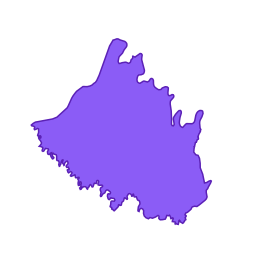 Phon Sai, Roi Et, Thailand, rotated 195°
{"feature_id": "78962969B54867067631635", "entity_name": "Phon Sai", "entity_type": "district", "adm_level": 2, "iso_a3": "THA", "parent_name": "Thailand", "parent_adm1": "Roi Et", "projection": "equal_earth", "projection_center": [103.938, 15.482], "detail": "fine", "context": "isolated", "style": "filled", "palette": "violet", "viewbox_px": 256, "rotation_deg": 195, "n_neighbors": 0, "source": "geoboundaries", "source_scale": "gbopen_adm2", "svg_char_len": 5682}
<svg xmlns="http://www.w3.org/2000/svg" viewBox="0 0 256 256"><g transform="rotate(195 128 128)"><path d="M122.4,45.3L121.8,45.5L120.4,44.5L119.8,44.5L117.4,48.8L117.1,49.7L117.3,51.1L117.1,51.5L116.6,51.6L115.7,51.1L114.5,51.8L114.7,54.6L113.5,56.3L113.4,59.5L112.9,59.8L110.6,58.8L110.3,59.0L110.2,59.7L111.0,61.1L111.2,62.1L110.5,64.5L109.8,65.0L108.3,64.9L107.3,64.1L106.8,63.1L106.5,63.1L106.1,63.5L106.1,65.2L105.9,65.5L105.4,65.2L104.3,63.2L103.6,63.1L102.5,63.7L102.1,63.7L100.4,61.2L99.7,60.8L98.4,60.7L97.5,59.6L96.8,57.8L97.6,54.5L97.1,51.0L96.8,50.4L95.7,50.2L95.7,52.4L94.9,53.5L94.1,53.8L92.8,53.5L91.5,52.2L90.9,49.5L89.6,47.3L87.5,46.0L84.8,45.6L83.6,47.2L81.0,47.2L78.4,49.1L76.4,51.3L75.3,50.9L75.0,50.2L75.0,48.9L73.9,47.9L73.0,47.7L70.9,48.4L68.4,49.6L68.0,51.6L68.0,53.3L67.8,53.7L66.4,53.6L65.3,54.5L64.1,53.3L63.1,51.5L62.6,51.7L61.9,52.7L61.1,52.6L60.8,52.1L61.1,50.0L61.0,49.1L58.2,49.4L57.8,48.9L57.8,47.7L57.5,47.4L56.9,48.2L55.8,47.8L54.5,47.9L54.6,50.3L54.9,51.4L54.5,52.2L54.0,52.0L53.2,50.9L50.5,50.1L49.8,51.0L49.7,51.9L49.3,52.3L49.4,53.3L48.4,54.4L49.6,56.3L49.0,57.5L49.1,58.3L49.4,58.5L49.9,58.3L50.5,59.2L50.2,60.8L48.7,62.0L46.9,64.6L46.1,65.9L45.8,67.7L45.4,68.5L43.4,69.7L41.1,70.0L39.3,72.1L34.9,78.1L34.0,79.8L33.8,81.9L35.7,85.9L36.3,88.1L35.3,90.1L35.2,91.5L34.0,96.2L33.8,98.3L34.3,98.6L34.8,98.5L36.2,97.5L37.9,95.7L39.9,94.7L43.9,102.7L47.9,108.2L49.2,112.7L51.1,117.2L53.2,119.7L55.6,119.7L58.2,121.7L58.9,125.3L58.8,126.2L59.4,127.0L58.8,127.9L59.1,128.7L59.0,130.0L59.2,131.2L58.9,131.8L58.3,131.9L58.1,134.6L57.2,135.4L57.3,136.4L57.7,136.7L57.8,137.5L58.2,137.6L57.9,140.6L57.3,142.7L57.2,143.5L57.5,143.7L57.3,144.1L57.4,144.6L57.2,145.3L58.4,146.7L60.1,151.3L60.4,153.2L60.3,154.5L59.5,158.0L59.3,161.5L60.2,163.5L61.1,163.9L63.0,163.6L64.2,162.6L64.9,161.6L65.5,160.1L65.8,157.9L65.4,152.4L65.6,150.8L66.4,149.4L67.3,148.7L72.5,147.4L73.3,146.6L75.3,142.7L76.6,142.8L78.0,143.5L79.2,145.1L79.8,146.4L80.2,148.7L80.5,151.8L80.4,156.2L80.7,157.3L81.2,158.1L81.8,158.5L83.1,158.1L83.9,157.0L85.6,153.6L86.7,150.0L86.5,148.4L84.3,143.5L84.7,141.9L85.9,141.7L87.0,142.8L88.3,148.1L90.7,155.7L93.5,162.2L93.9,164.1L93.9,165.4L92.0,169.2L91.9,170.0L92.0,170.8L92.8,171.8L94.1,171.7L95.3,170.5L96.6,169.9L97.1,170.0L97.9,170.6L98.6,172.5L99.3,176.7L99.6,177.3L100.8,177.8L102.7,177.5L105.3,175.5L106.1,173.8L107.6,173.1L108.5,172.9L110.2,173.4L112.5,174.3L113.9,175.5L114.7,177.0L115.8,180.6L116.6,181.6L117.7,182.0L118.5,181.8L119.1,181.1L119.9,178.7L121.1,177.5L124.6,177.5L125.3,177.2L128.0,174.3L128.6,174.2L130.2,174.6L131.0,175.2L131.9,177.0L132.1,179.1L132.0,180.8L131.3,182.0L129.0,182.9L127.3,184.2L126.9,185.1L126.8,186.6L127.1,188.1L132.4,197.4L132.8,198.9L133.2,202.1L133.6,202.7L134.4,203.2L135.6,203.1L139.6,198.3L141.9,198.7L142.0,198.5L141.6,196.9L141.7,196.1L142.6,195.0L142.7,192.1L143.6,191.0L144.4,190.6L146.4,191.0L147.6,190.9L150.7,189.5L152.6,188.2L153.3,188.0L154.6,189.4L154.8,190.1L155.1,193.9L154.8,195.0L152.7,198.9L152.0,202.4L150.5,206.1L150.4,207.2L150.8,208.7L151.2,209.4L152.2,210.2L153.5,210.8L158.3,211.0L160.7,211.5L162.1,211.1L164.7,209.2L165.1,209.2L167.0,202.5L169.5,171.6L170.5,165.7L171.3,163.6L172.5,162.3L174.0,160.0L175.8,158.6L178.1,157.4L182.2,156.4L187.2,150.1L188.3,147.6L189.4,144.8L190.1,142.2L191.5,133.6L192.0,131.7L199.4,120.1L203.2,117.2L219.0,109.7L220.8,107.9L222.2,105.8L221.6,105.2L219.6,105.3L218.5,104.9L218.3,104.4L218.4,102.8L217.8,102.2L216.9,102.7L215.2,104.2L214.2,104.0L213.2,100.7L213.4,97.5L212.8,97.0L210.7,97.8L210.1,97.4L209.7,96.8L209.8,95.7L210.0,95.6L210.9,96.5L211.3,96.5L211.9,96.1L211.8,95.3L210.8,94.1L209.3,93.1L207.7,91.3L207.7,90.0L209.0,87.3L207.2,87.5L205.4,87.1L205.0,86.3L205.2,84.3L205.0,83.7L204.1,83.4L203.4,83.9L202.4,86.9L199.7,87.2L199.3,86.8L199.2,86.3L199.7,84.2L198.8,82.2L198.0,81.9L197.1,82.1L196.3,83.8L195.7,84.2L195.8,82.1L195.5,81.2L194.9,80.3L193.0,78.6L192.1,79.2L191.9,80.1L192.1,80.5L193.3,81.0L193.8,81.7L194.2,83.2L194.2,84.1L193.7,84.3L192.6,83.6L190.5,83.6L189.7,82.5L188.6,78.6L188.0,78.2L186.7,78.4L185.9,77.4L185.5,76.5L185.4,74.6L184.4,73.2L184.0,73.5L184.0,74.6L183.6,75.6L183.7,78.6L183.2,80.1L182.7,80.4L182.4,80.2L182.6,78.9L182.5,78.0L182.1,77.2L181.1,76.4L180.2,75.3L179.9,75.8L180.1,77.2L179.9,78.1L178.8,80.0L178.0,80.3L177.2,79.4L176.8,78.4L176.9,77.6L177.8,75.7L177.7,74.7L176.9,74.1L175.6,74.7L174.2,73.2L174.3,72.5L175.5,72.2L175.8,71.7L174.6,69.8L173.8,69.3L172.1,71.1L171.1,70.8L170.6,70.4L170.5,69.7L171.3,67.3L171.2,66.9L170.4,66.6L168.5,67.9L167.3,69.0L166.9,68.9L166.1,66.8L165.6,66.4L164.6,66.7L163.1,67.6L162.5,67.6L162.3,66.9L163.2,66.3L163.3,65.7L162.2,64.6L162.0,61.9L161.5,60.5L161.0,59.7L160.2,60.0L160.0,60.9L160.8,63.1L160.2,63.7L159.3,63.5L158.7,62.2L158.8,61.1L158.4,59.6L158.5,58.6L159.2,57.5L158.2,56.3L157.4,56.8L157.1,58.9L156.4,58.7L156.2,59.0L156.2,59.6L155.9,59.8L153.8,60.3L153.2,60.0L151.9,58.6L151.3,58.4L151.1,58.8L151.3,60.0L150.4,61.1L150.4,62.3L149.8,63.6L149.2,63.5L147.5,61.8L146.8,61.9L146.6,62.3L146.3,65.8L145.9,66.1L144.4,66.1L144.2,66.8L144.5,68.6L144.3,69.2L143.7,69.5L143.2,69.5L142.6,69.0L142.4,67.7L142.6,66.4L142.1,65.3L140.7,65.3L138.4,66.1L137.5,65.5L137.5,64.7L138.9,63.1L139.0,61.8L138.7,60.8L137.4,59.0L137.2,55.4L136.7,54.8L136.0,55.1L135.3,57.6L133.6,59.4L133.2,61.7L132.7,62.5L131.5,62.9L128.7,61.8L128.1,60.9L128.2,60.0L128.6,59.5L130.1,59.4L130.5,58.5L130.2,56.7L128.9,54.5L128.1,54.0L127.5,54.0L127.2,54.3L126.8,55.7L126.4,56.2L125.4,55.9L124.7,56.2L123.1,56.3L122.1,55.2L122.0,54.6L122.3,53.8L124.7,53.3L125.2,52.9L125.4,52.2L124.9,49.4L125.0,47.6L124.6,47.2L123.2,47.0L122.8,45.6L122.4,45.3Z" fill="#8b5cf6" stroke="#5b21b6" stroke-width="1.5"/></g></svg>